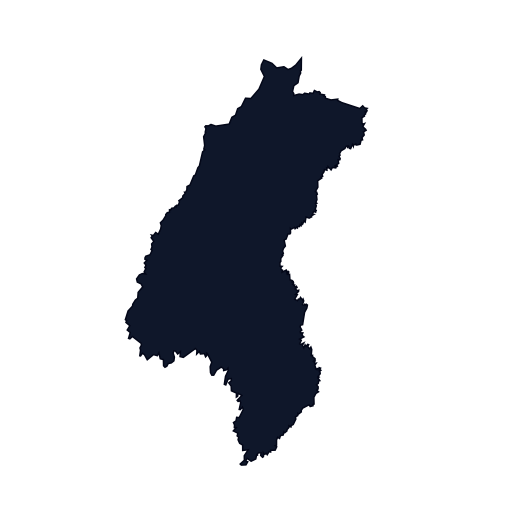 Thung Yai, Nakhon Si Thammarat, Thailand (Equal Earth projection), rotated 200°
{"feature_id": "78962969B32450695169109", "entity_name": "Thung Yai", "entity_type": "district", "adm_level": 2, "iso_a3": "THA", "parent_name": "Thailand", "parent_adm1": "Nakhon Si Thammarat", "projection": "equal_earth", "projection_center": [99.344, 8.291], "detail": "fine", "context": "isolated", "style": "filled", "palette": "ink", "viewbox_px": 512, "rotation_deg": 200, "n_neighbors": 0, "source": "geoboundaries", "source_scale": "gbopen_adm2", "svg_char_len": 6120}
<svg xmlns="http://www.w3.org/2000/svg" viewBox="0 0 512 512"><g transform="rotate(200 256 256)"><path d="M315.7,442.9L316.3,437.5L315.3,433.1L309.5,427.6L310.3,413.8L314.7,402.2L319.8,400.7L320.8,391.4L323.6,388.2L323.4,381.3L326.1,378.1L326.3,370.8L338.2,364.3L343.3,364.2L345.2,362.0L347.7,361.2L348.2,359.9L346.5,358.5L346.1,355.0L345.4,354.8L346.0,350.2L342.0,342.2L341.6,338.6L340.4,338.3L341.8,335.6L340.0,321.2L340.8,319.1L340.7,311.4L341.9,310.0L342.3,300.2L344.6,297.7L343.6,294.5L343.9,291.9L344.9,291.5L343.9,290.6L345.3,287.3L344.7,285.8L347.4,281.6L346.4,280.6L346.3,277.3L347.9,276.5L347.8,275.0L348.8,275.3L349.5,273.1L351.6,272.0L352.0,270.1L353.1,269.9L352.3,267.5L354.2,266.4L355.0,264.1L354.5,263.2L355.6,257.9L357.2,254.5L355.4,252.2L354.8,248.7L355.3,243.0L358.3,243.8L359.5,240.1L361.2,239.9L360.3,239.3L360.8,237.3L357.0,234.8L358.2,231.6L356.8,228.9L356.9,226.2L355.5,225.7L356.0,220.9L359.5,218.1L359.7,216.3L359.2,214.9L357.0,214.8L358.6,211.2L356.3,209.8L356.5,207.1L355.2,206.7L355.7,202.7L353.5,201.4L356.8,200.6L359.1,198.3L360.4,193.6L358.6,190.9L354.4,190.5L351.9,188.2L354.3,181.5L352.7,175.9L354.3,173.3L355.3,168.6L354.9,166.6L357.4,160.7L357.0,151.5L355.4,150.9L355.5,149.1L350.7,147.3L351.7,142.4L348.0,141.1L347.6,135.0L346.2,135.0L344.6,138.1L334.1,134.7L333.2,133.1L333.6,129.9L332.3,128.1L331.1,122.5L330.3,122.6L329.4,125.8L327.0,125.1L322.7,121.3L318.6,128.3L314.6,128.6L314.2,131.9L310.8,126.7L307.6,127.0L305.3,121.2L303.5,120.3L302.1,121.9L301.7,124.9L299.0,126.6L297.3,129.4L298.1,133.1L300.7,136.5L300.6,138.9L299.2,139.2L296.1,137.1L294.3,140.3L293.0,135.5L289.6,135.9L281.3,148.3L279.2,147.2L278.2,143.6L276.7,147.0L274.7,144.9L271.1,146.6L268.9,144.0L268.3,145.4L269.3,147.9L268.5,147.8L261.3,141.1L261.2,136.3L258.9,130.9L256.8,128.9L255.0,129.5L254.0,135.2L250.7,139.7L248.0,139.1L247.2,137.3L244.6,139.1L244.0,141.0L242.9,138.9L243.5,132.5L241.9,124.6L240.3,124.5L240.1,130.7L237.3,132.4L236.5,130.4L238.2,127.5L234.8,125.2L233.0,120.9L227.5,120.5L226.2,116.7L225.3,117.8L225.7,120.9L221.6,120.1L224.3,113.9L223.1,113.2L221.5,114.4L220.2,112.9L219.3,106.1L218.2,106.3L217.1,109.3L215.5,107.5L216.5,98.4L219.0,97.8L218.4,94.2L220.2,91.8L218.4,89.9L217.7,87.4L215.9,87.9L217.5,83.9L212.4,83.3L212.2,80.5L210.3,79.9L210.0,77.2L207.3,74.4L203.9,73.8L202.0,68.7L197.1,71.3L198.7,64.3L197.1,60.1L199.7,55.1L198.3,54.5L194.0,56.3L193.4,59.8L195.7,59.8L195.1,62.8L190.4,61.5L186.8,65.2L187.4,69.2L186.5,69.4L187.0,70.8L186.2,72.0L183.9,72.7L183.4,70.2L181.0,69.1L180.4,70.0L181.9,73.8L179.9,72.6L179.0,74.1L177.5,73.1L176.8,76.6L175.2,76.8L175.8,78.4L171.6,80.1L171.3,83.8L173.1,84.3L172.0,85.2L173.8,90.2L173.7,93.0L171.5,92.6L171.6,95.6L169.2,97.1L169.7,100.3L168.5,99.8L167.1,102.3L167.6,103.1L166.4,106.1L167.0,107.7L164.7,107.3L164.9,108.8L163.4,110.4L162.8,116.3L163.9,118.3L162.2,120.3L162.9,122.4L161.9,122.1L160.1,125.0L160.7,126.3L160.1,129.0L155.3,134.3L153.6,133.1L151.2,134.8L151.8,135.9L150.8,136.7L153.3,143.0L152.7,147.4L150.8,149.8L153.1,150.7L152.2,152.3L152.9,154.4L155.1,155.6L153.9,157.7L154.5,160.0L153.4,160.7L156.2,162.6L155.3,163.8L156.5,164.1L155.4,167.3L156.5,169.5L157.7,168.9L156.0,170.8L157.4,171.4L157.0,172.7L158.4,172.7L158.0,171.0L158.7,171.7L159.9,171.2L159.8,170.1L160.9,170.2L163.4,173.5L162.8,175.9L164.1,175.2L164.9,175.9L164.6,177.4L165.9,177.1L165.0,178.7L165.4,179.7L168.6,180.8L168.9,182.0L170.1,181.4L171.6,187.1L173.3,189.2L174.0,187.1L176.3,188.5L176.2,190.7L177.3,190.6L178.0,188.1L179.5,189.3L179.6,186.0L182.4,188.5L181.7,188.6L181.4,190.6L183.6,188.2L184.9,188.4L184.6,192.3L186.6,192.8L183.3,196.4L185.8,197.3L185.7,199.8L187.9,199.0L188.6,200.2L187.6,202.0L190.4,204.5L190.4,206.3L188.7,207.4L191.1,219.7L190.4,224.4L190.9,227.5L192.4,227.9L192.8,226.6L193.8,227.1L193.9,226.0L195.7,226.2L195.8,230.1L197.0,231.6L197.2,230.5L200.0,232.3L200.2,230.4L201.4,230.0L201.8,228.2L204.9,228.6L204.0,233.8L205.7,233.4L203.9,237.3L204.2,238.4L205.1,237.6L207.9,238.4L206.7,240.6L207.7,241.3L208.1,240.0L209.7,241.0L210.4,240.3L209.8,241.9L211.8,241.8L211.4,243.4L212.3,244.7L213.1,243.9L213.6,245.3L216.0,245.3L218.2,250.3L219.9,249.6L219.7,252.2L220.7,252.6L221.2,250.6L222.8,253.1L225.9,249.7L226.2,251.7L227.9,252.0L228.6,253.6L227.9,255.2L230.0,254.7L231.3,257.9L230.8,259.4L231.9,262.1L230.9,266.0L231.9,266.1L231.2,267.8L232.7,269.7L232.8,272.5L231.8,275.4L235.1,280.7L233.5,282.2L233.5,287.7L231.7,288.3L231.4,289.4L233.0,293.5L232.3,293.1L229.5,296.1L228.6,295.0L227.7,296.7L226.7,296.5L227.1,297.8L225.2,298.5L225.5,300.4L224.0,299.9L224.4,302.7L223.1,301.9L222.9,305.2L221.4,304.7L222.3,309.7L219.0,309.8L217.1,311.8L217.7,312.7L215.9,314.8L217.3,314.5L217.1,317.5L215.0,317.6L215.4,319.1L214.4,319.4L216.3,319.7L216.5,323.8L218.0,325.6L217.0,326.4L218.1,326.8L218.0,329.8L220.1,334.1L219.5,335.0L220.9,336.8L222.2,336.8L221.4,341.8L223.8,347.8L220.9,351.7L221.8,352.4L220.6,353.7L221.8,355.2L220.9,358.3L221.3,360.6L218.7,360.9L219.8,363.1L218.6,363.3L218.9,364.7L214.9,362.6L214.5,365.3L211.4,366.0L212.5,367.9L211.4,368.5L210.8,367.4L210.2,368.3L211.5,369.3L210.0,371.3L211.8,374.6L210.2,375.0L210.1,376.1L212.1,378.2L211.5,379.4L212.5,380.8L212.0,384.0L209.3,387.3L208.7,390.0L207.4,390.9L207.0,389.7L206.4,390.7L205.1,389.1L203.8,389.2L203.5,393.9L202.1,392.5L202.5,394.1L200.7,394.5L200.5,395.5L199.3,394.7L196.4,396.6L196.9,400.7L195.6,401.6L196.9,403.5L195.7,406.7L197.5,409.4L195.5,411.8L196.2,412.4L196.5,411.4L196.9,412.6L199.9,414.2L199.3,417.6L200.8,416.4L201.9,417.3L203.8,422.2L202.0,424.4L202.6,424.9L201.6,427.1L202.6,428.9L201.6,429.0L201.3,430.5L202.7,431.6L202.1,432.7L204.7,432.3L207.1,433.6L208.9,430.1L227.9,429.5L232.6,430.1L232.8,431.4L238.9,428.3L244.8,428.0L245.4,429.6L246.8,429.5L246.8,430.8L251.4,430.0L251.5,431.4L252.9,432.1L254.6,431.1L257.7,431.5L258.0,428.3L261.2,427.7L261.5,426.3L266.0,425.6L267.0,423.7L270.9,422.9L275.4,419.7L276.1,421.6L277.9,422.9L278.7,429.0L275.8,433.2L277.0,440.0L276.6,443.1L277.6,445.1L277.0,446.1L281.0,457.5L283.9,449.1L286.9,444.5L289.7,442.2L294.5,443.4L300.9,439.8L306.9,442.5L315.7,442.9Z" fill="#0f172a" stroke="#020617" stroke-width="1.5"/></g></svg>